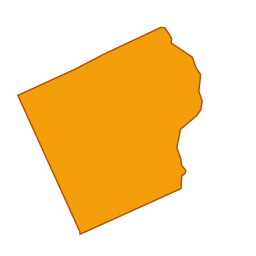 Lawrence, Illinois, United States of America (Albers equal-area conic projection), rotated 335°
{"feature_id": "52423323B54167037237770", "entity_name": "Lawrence", "entity_type": "district", "adm_level": 2, "iso_a3": "USA", "parent_name": "United States of America", "parent_adm1": "Illinois", "projection": "albers", "projection_center": [-87.62, 38.71], "detail": "fine", "context": "isolated", "style": "filled", "palette": "amber", "viewbox_px": 256, "rotation_deg": 335, "n_neighbors": 0, "source": "geoboundaries", "source_scale": "gbopen_adm2", "svg_char_len": 517}
<svg xmlns="http://www.w3.org/2000/svg" viewBox="0 0 256 256"><g transform="rotate(335 128 128)"><path d="M42.0,51.9L40.6,201.4L39.7,204.0L150.5,205.3L156.4,194.2L159.9,193.4L161.2,192.8L162.3,191.2L162.2,189.6L160.8,185.0L162.9,177.7L163.9,166.5L175.1,151.3L195.5,145.8L199.8,143.3L201.6,142.3L206.5,135.1L207.7,124.7L213.3,115.4L216.3,110.4L215.2,102.2L215.4,99.6L216.2,90.9L203.1,69.4L205.5,64.8L203.7,52.8L200.2,50.7L136.8,50.9L104.8,52.3L42.0,51.9Z" fill="#f59e0b" stroke="#b45309" stroke-width="1.5"/></g></svg>